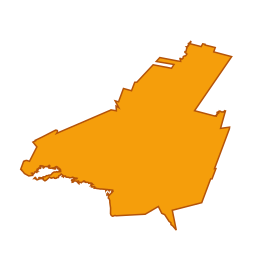 outline of Padilla, Tamaulipas, Mexico, rotated 98°
{"feature_id": "50627088B25570843702160", "entity_name": "Padilla", "entity_type": "district", "adm_level": 2, "iso_a3": "MEX", "parent_name": "Mexico", "parent_adm1": "Tamaulipas", "projection": "equal_earth", "projection_center": [-98.825, 23.979], "detail": "fine", "context": "isolated", "style": "filled", "palette": "amber", "viewbox_px": 256, "rotation_deg": 98, "n_neighbors": 0, "source": "geoboundaries", "source_scale": "gbopen_adm2", "svg_char_len": 5883}
<svg xmlns="http://www.w3.org/2000/svg" viewBox="0 0 256 256"><g transform="rotate(98 128 128)"><path d="M42.9,35.3L40.7,53.7L36.2,52.8L35.1,63.2L34.4,63.3L34.2,65.7L37.2,66.9L35.9,78.3L33.8,77.7L33.6,78.0L35.0,78.8L35.9,78.8L35.8,79.9L36.2,80.0L36.2,79.7L36.9,79.3L37.7,79.5L38.3,79.8L38.3,80.1L38.8,80.1L39.2,80.5L39.5,81.5L40.1,80.7L40.6,80.7L41.0,81.0L43.5,81.1L44.0,81.3L44.3,82.1L44.7,82.3L45.2,82.1L45.5,81.7L46.0,80.3L46.7,80.0L48.5,81.0L48.9,82.3L49.5,83.1L50.3,83.3L51.2,83.2L52.0,83.7L52.3,84.5L51.8,85.4L51.9,86.2L52.4,86.2L52.6,85.2L53.8,85.4L54.7,85.1L54.7,88.4L53.8,106.3L58.2,109.3L58.7,91.3L62.8,93.2L61.9,111.9L81.4,125.6L81.8,127.7L90.6,129.7L89.5,138.0L103.4,141.0L102.9,144.5L109.1,140.0L107.9,142.9L112.6,141.9L112.4,147.4L112.7,147.6L114.1,150.0L143.2,197.9L142.2,197.4L140.5,197.5L140.3,197.7L140.1,199.0L140.4,199.3L140.3,199.6L148.9,211.8L153.1,218.1L153.5,217.8L155.2,220.2L159.4,215.6L174.7,220.9L174.2,223.8L174.7,225.5L175.3,225.9L175.5,226.2L175.5,226.7L183.8,228.5L184.2,227.5L184.6,227.6L185.6,226.2L187.5,224.2L189.3,219.5L188.3,216.3L187.9,216.5L187.7,216.4L187.6,216.1L187.9,215.7L187.5,215.6L186.5,215.9L186.1,217.0L185.9,216.6L186.7,215.2L184.6,213.8L184.0,212.8L184.6,212.3L184.7,212.1L184.2,211.9L184.0,212.6L183.8,211.9L183.6,212.7L183.2,212.7L182.6,212.0L182.8,211.4L182.7,211.4L182.3,211.8L181.9,211.5L181.8,211.8L181.9,212.1L181.6,212.3L181.0,211.2L180.9,211.5L180.1,210.9L179.6,210.2L179.7,209.5L180.6,209.5L180.4,209.4L180.2,209.0L179.7,209.0L179.3,208.8L178.7,208.8L178.5,209.7L178.2,209.9L177.8,209.9L177.5,209.4L177.4,208.7L177.7,207.8L177.4,207.2L177.6,206.7L179.1,206.7L179.4,206.3L178.9,205.7L178.4,206.1L178.1,205.9L177.7,204.9L177.7,203.6L177.4,203.0L177.4,202.5L177.1,202.0L176.9,201.3L176.2,201.1L175.9,200.8L176.1,200.3L176.6,200.1L176.9,200.2L178.1,201.2L178.3,200.8L178.6,200.8L178.7,199.5L178.6,198.9L177.6,195.5L178.3,195.2L178.7,195.8L178.8,194.7L178.3,194.8L178.2,194.6L178.3,194.3L178.1,194.2L177.6,194.3L177.2,194.6L176.7,194.6L176.1,193.6L176.2,192.9L176.6,192.1L176.8,192.1L176.9,192.8L177.2,192.2L177.5,192.2L177.6,192.4L178.1,192.2L177.4,191.0L177.4,190.7L177.7,190.5L178.2,191.0L178.6,190.6L178.1,190.4L178.0,189.7L178.7,189.0L179.2,188.8L179.4,188.9L179.4,189.1L179.2,189.4L179.2,189.8L179.6,190.1L179.9,189.5L180.1,189.6L180.1,189.8L180.3,188.8L180.4,188.6L180.6,188.6L181.1,191.1L181.4,191.9L181.1,192.4L181.3,192.9L181.7,193.5L181.8,195.0L183.2,196.6L184.9,197.6L185.3,198.2L185.9,200.3L186.4,200.8L186.6,202.2L187.8,203.2L188.2,205.3L189.0,205.7L189.3,206.2L189.4,209.1L189.6,209.3L190.3,208.8L190.5,208.9L191.5,210.2L191.6,210.9L191.2,211.7L190.6,212.4L190.2,212.4L189.8,212.8L189.9,213.2L191.1,214.0L190.9,213.1L192.0,211.0L191.9,210.5L190.7,208.6L190.4,207.6L189.9,204.8L190.9,204.8L191.9,202.9L190.9,201.6L188.5,199.6L187.5,199.0L188.4,197.1L188.3,196.8L187.9,196.3L187.9,195.8L187.7,195.5L187.3,194.7L187.3,194.3L188.0,193.8L188.0,192.9L187.6,191.8L187.0,191.6L186.8,191.3L186.9,190.4L186.2,189.9L185.1,189.9L184.9,189.7L184.5,188.9L183.5,188.1L183.2,188.2L182.8,187.6L183.4,186.9L184.2,185.4L184.5,185.6L184.8,186.3L185.1,186.4L185.0,185.4L185.5,185.1L184.9,184.7L184.4,184.0L184.3,183.6L184.3,183.2L185.2,182.6L185.3,182.4L185.1,180.1L185.1,179.6L185.5,179.1L185.0,177.2L184.5,176.2L184.4,175.7L184.7,175.0L185.2,174.3L185.1,174.0L184.8,173.8L185.0,173.0L184.8,172.2L184.9,171.4L185.5,171.7L185.6,173.1L186.3,173.7L186.0,174.7L186.2,174.8L186.2,175.0L186.8,176.1L187.4,176.2L187.5,176.6L187.8,176.6L188.1,176.3L187.9,175.7L188.1,175.3L188.5,175.2L189.2,175.7L189.5,175.7L189.3,175.0L189.0,174.6L188.5,174.2L187.8,174.1L187.8,173.9L187.8,171.9L188.0,171.7L188.2,171.0L188.6,170.6L188.2,170.2L187.4,170.1L187.4,169.7L189.2,169.8L189.5,169.6L190.0,168.8L189.8,168.8L189.3,169.2L189.2,168.9L188.4,168.4L188.4,167.9L188.7,166.6L188.4,166.5L187.7,165.7L187.3,164.6L186.9,164.8L186.6,164.4L186.6,163.8L187.0,163.0L187.5,163.0L187.6,162.1L187.7,162.3L187.8,162.0L187.7,161.9L187.4,161.4L187.5,159.6L188.2,159.2L187.8,158.4L188.0,158.0L187.7,157.7L187.7,156.3L187.9,156.0L188.2,156.2L188.3,155.8L188.6,155.3L188.6,155.7L189.3,156.7L189.6,156.5L189.7,156.8L189.7,156.3L190.1,156.6L190.0,156.3L190.5,156.2L190.6,155.8L191.3,155.9L191.2,155.4L191.5,155.2L191.1,154.5L190.9,153.3L190.9,152.8L191.2,152.6L192.1,153.2L192.3,153.2L192.1,151.5L192.1,150.8L192.3,150.5L192.2,149.0L192.3,147.0L192.1,145.6L191.9,141.4L192.2,141.0L192.6,141.4L193.0,141.3L192.7,141.2L192.5,140.5L192.0,140.6L191.8,140.4L191.8,138.7L192.5,138.3L192.6,138.2L192.0,138.3L191.7,137.9L191.8,137.2L192.5,136.8L192.0,136.9L191.7,136.7L191.7,134.7L192.2,134.8L192.1,134.3L192.8,134.1L192.9,134.3L193.2,134.4L193.3,134.7L193.5,134.5L193.8,134.7L193.9,135.2L194.1,135.1L194.4,135.1L196.3,136.6L196.5,136.9L196.6,137.4L195.7,138.6L196.3,138.4L196.4,139.6L196.8,139.3L197.3,139.6L197.5,139.5L196.8,138.5L196.8,138.0L197.1,137.6L197.3,138.3L197.4,137.7L197.8,137.5L198.4,137.8L200.1,137.8L200.4,137.0L202.5,135.9L204.4,135.6L209.7,134.1L215.3,133.4L216.6,132.7L217.4,131.5L217.5,130.8L216.4,128.7L216.6,127.7L211.0,99.0L201.5,87.0L207.7,82.8L208.1,81.7L208.5,80.2L208.9,79.4L214.7,74.4L215.6,72.8L216.0,72.3L217.1,72.2L217.7,71.9L218.8,70.0L222.4,66.0L203.3,72.7L191.7,44.6L166.9,39.1L166.7,37.7L156.0,35.3L156.3,36.7L114.7,27.5L113.0,27.5L115.5,36.3L97.5,33.9L97.5,34.2L97.8,34.1L97.8,34.4L98.0,34.3L98.4,34.7L98.5,34.8L98.2,34.9L98.6,35.1L98.5,35.4L98.8,35.5L98.8,36.4L99.0,36.6L99.1,36.4L99.0,38.0L98.5,38.7L98.9,39.4L98.6,39.9L99.0,39.9L99.2,40.6L99.4,40.5L99.8,40.6L99.7,41.1L99.9,41.5L100.2,41.3L100.0,40.9L100.2,40.6L100.4,40.9L100.7,40.7L100.7,41.3L100.8,41.1L101.0,41.3L100.8,41.8L101.5,41.6L101.8,41.8L102.1,41.6L102.2,42.0L102.6,42.1L103.0,41.9L103.2,42.0L102.9,42.2L103.0,42.3L103.6,42.3L103.7,42.5L103.3,42.5L103.6,42.9L103.9,42.7L103.8,43.4L104.1,43.6L101.6,64.5L42.9,35.3Z" fill="#f59e0b" stroke="#b45309" stroke-width="1.5"/></g></svg>